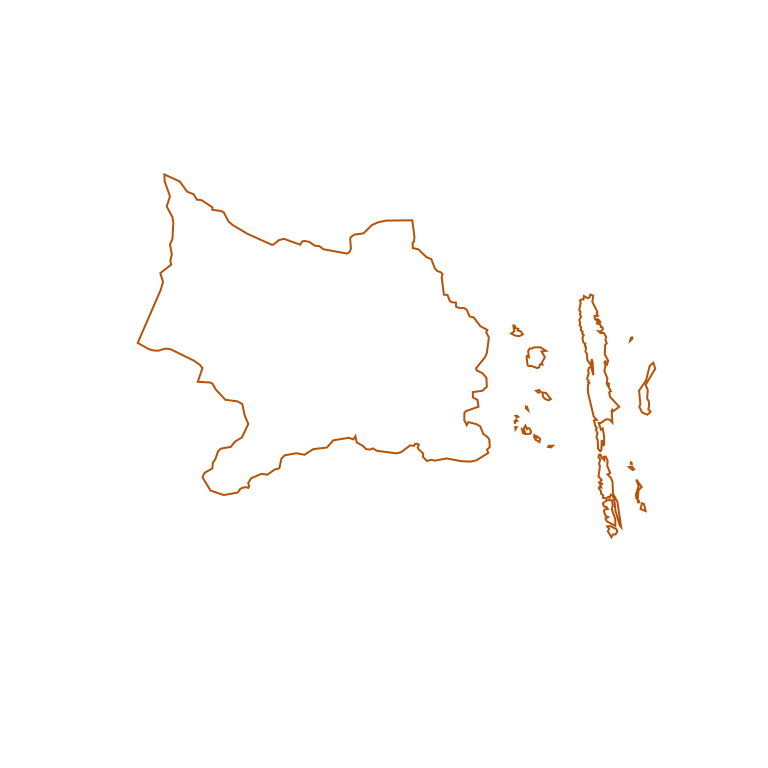 the district of Hai Ha, Quảng Ninh, Vietnam, rotated 297°
{"feature_id": "81297802B53592665760601", "entity_name": "Hai Ha", "entity_type": "district", "adm_level": 2, "iso_a3": "VNM", "parent_name": "Vietnam", "parent_adm1": "Quảng Ninh", "projection": "equal_earth", "projection_center": [107.715, 21.448], "detail": "fine", "context": "isolated", "style": "outline", "palette": "amber", "viewbox_px": 768, "rotation_deg": 297, "n_neighbors": 0, "source": "geoboundaries", "source_scale": "gbopen_adm2", "svg_char_len": 6188}
<svg xmlns="http://www.w3.org/2000/svg" viewBox="0 0 768 768"><g transform="rotate(297 384 384)"><path d="M229.8,310.3L231.5,310.4L234.2,307.9L239.8,308.5L248.3,315.6L250.3,321.3L258.1,325.4L261.4,329.0L270.9,326.5L275.5,328.0L282.6,337.5L284.9,345.3L293.9,350.6L301.5,362.0L310.8,364.4L320.1,377.1L320.7,381.8L324.6,382.2L319.6,386.1L319.2,393.6L317.8,397.6L319.1,401.0L321.6,403.4L321.2,407.9L327.8,426.5L331.1,430.3L341.1,435.1L342.6,438.9L344.6,438.8L346.0,441.0L345.5,442.8L343.0,442.7L341.7,444.0L339.9,450.4L336.8,451.7L334.9,457.3L337.9,460.4L338.9,464.3L346.1,473.6L350.5,488.4L354.2,496.4L357.9,500.9L369.8,508.2L372.3,505.7L376.0,506.8L382.1,503.2L383.6,500.7L384.6,495.1L389.9,489.1L390.2,484.7L388.3,476.4L384.9,476.4L388.2,472.0L394.9,468.7L397.0,469.3L406.7,478.5L412.2,474.6L412.4,469.3L417.1,466.8L422.7,474.8L428.2,476.9L435.9,472.5L438.4,466.6L438.1,460.7L439.8,458.9L453.9,461.9L458.6,461.5L473.1,456.3L476.5,451.6L479.1,451.6L479.3,443.6L484.1,433.6L483.0,429.6L487.7,424.1L488.1,420.7L486.1,417.2L485.5,413.3L489.2,411.1L487.6,407.4L487.9,404.9L492.1,400.2L490.8,396.8L505.0,387.1L508.4,386.3L509.3,384.4L508.9,379.8L510.2,376.7L516.7,369.5L516.4,363.8L519.6,353.6L518.2,348.0L522.8,345.4L524.5,346.1L528.8,344.4L542.7,334.9L530.5,311.6L525.3,305.2L520.2,301.1L508.9,297.3L503.7,289.8L500.0,287.8L497.8,288.0L489.6,293.1L485.6,293.3L483.4,291.8L476.5,268.6L477.5,264.1L475.8,259.4L476.7,252.9L475.3,248.0L473.9,246.4L470.1,246.1L467.9,228.9L464.3,224.9L458.0,222.2L457.1,220.7L455.8,194.0L456.9,177.2L458.3,171.6L464.2,163.3L464.1,160.1L461.3,151.9L463.5,150.9L465.0,137.9L463.3,133.6L466.6,128.1L466.0,121.2L471.7,110.1L471.0,93.2L465.2,96.4L454.0,108.1L443.5,109.8L436.6,119.8L432.2,123.0L417.3,129.6L411.1,130.0L403.2,136.1L396.6,137.7L393.7,140.2L381.2,134.4L374.6,140.8L366.6,142.3L308.8,145.9L308.3,158.9L309.2,163.2L311.1,167.7L316.1,172.9L318.1,178.0L318.5,204.1L317.5,211.2L315.8,215.0L301.4,217.1L306.5,228.7L306.2,231.4L302.9,236.2L297.9,249.8L302.0,261.3L301.8,266.8L292.8,274.1L286.8,281.2L272.0,281.7L265.0,277.4L258.4,276.0L252.2,267.8L248.5,266.7L240.3,267.9L236.3,267.2L230.9,269.4L223.3,264.4L218.4,264.7L210.3,277.8L212.3,291.6L220.8,302.9L225.4,303.6L227.5,305.3L229.6,308.2L229.8,310.3ZM549.8,523.4L549.5,521.9L547.3,520.6L545.6,522.4L538.7,524.3L537.4,526.5L535.0,526.9L533.7,529.0L529.8,528.9L527.4,531.2L525.2,531.5L524.3,533.7L521.1,535.2L520.7,537.4L518.7,537.7L518.2,539.8L515.3,539.8L511.6,542.7L511.2,545.3L509.1,545.5L508.4,547.4L504.3,548.8L502.9,551.2L497.8,554.2L494.5,560.1L500.4,557.8L498.3,559.9L486.9,566.5L493.1,561.0L491.9,559.3L488.6,559.7L486.8,561.4L481.1,562.5L479.5,565.0L478.2,565.0L478.1,566.5L475.7,566.1L469.3,569.4L450.2,585.6L448.7,589.9L446.9,587.6L442.4,591.5L441.6,593.5L439.6,593.5L436.8,596.7L433.3,597.3L430.9,599.9L423.6,604.1L422.3,607.2L423.8,607.7L432.1,603.8L432.4,605.2L429.3,607.4L430.1,607.7L437.7,603.6L443.7,599.0L441.7,598.2L446.8,593.0L447.5,594.7L453.4,598.0L454.7,601.0L453.3,605.0L463.7,598.9L464.7,599.1L463.4,600.4L470.5,603.9L475.2,591.2L478.8,588.4L480.6,589.4L484.9,583.1L485.8,583.3L485.4,584.7L486.6,584.1L485.9,582.1L490.4,580.5L495.7,574.4L501.2,572.9L503.3,570.6L505.6,570.9L503.4,571.5L502.5,573.8L506.5,573.2L510.7,567.2L519.2,563.3L521.3,564.0L524.3,561.0L526.8,560.6L529.4,556.5L527.6,553.8L528.4,551.3L529.0,553.4L532.3,554.1L533.7,552.7L533.2,551.4L535.1,549.9L534.6,546.2L535.6,546.1L537.2,548.7L538.5,546.8L538.7,544.7L536.9,545.7L537.6,542.5L540.3,540.6L541.8,543.6L543.4,541.4L545.1,541.4L551.7,532.4L557.7,530.3L557.4,527.2L554.7,527.8L552.9,526.5L553.2,522.2L549.8,523.4ZM417.6,610.7L419.3,609.2L418.8,607.8L416.0,608.4L414.9,611.0L410.5,611.8L408.9,613.7L399.0,617.1L397.2,621.6L393.9,620.4L394.2,624.6L392.8,622.0L390.4,624.5L390.0,622.6L388.6,622.7L387.1,625.9L384.8,627.1L384.3,629.8L382.0,630.8L382.8,633.7L385.3,635.2L384.9,636.7L388.5,636.4L388.8,637.8L385.5,641.7L376.3,647.7L365.1,658.1L364.1,660.3L385.2,645.3L390.1,637.9L400.4,632.1L403.3,629.0L405.0,624.2L407.2,626.0L412.5,620.0L417.1,618.1L420.0,614.5L419.0,613.0L416.2,614.8L417.6,610.7ZM525.2,614.4L520.8,612.5L506.4,615.8L493.9,614.3L482.4,621.6L479.6,621.8L475.8,626.9L476.2,632.6L480.3,634.1L481.6,630.9L485.0,630.2L488.9,627.7L490.6,625.0L498.5,621.7L501.9,617.5L520.8,618.7L525.2,614.4ZM484.6,500.8L482.8,499.9L481.9,497.7L478.7,497.5L473.8,500.8L474.0,498.7L473.2,498.5L466.2,503.2L465.6,504.4L467.0,507.2L467.8,513.5L469.4,514.7L472.3,514.1L473.3,516.4L474.5,514.9L480.9,515.2L484.5,509.6L487.1,513.3L487.7,506.7L484.6,500.8ZM384.0,640.0L381.4,635.1L376.8,633.2L374.7,635.7L375.4,638.2L374.2,640.2L372.4,637.7L370.7,637.5L367.2,641.1L367.1,644.1L364.7,642.3L362.8,644.9L362.6,654.6L368.9,651.2L376.0,643.6L378.8,643.4L384.0,640.0ZM360.1,650.0L358.4,647.5L357.2,650.4L354.4,650.3L350.7,656.2L353.9,656.4L355.2,658.7L358.9,658.7L360.2,656.8L360.1,650.0ZM493.5,475.8L495.4,473.8L494.8,472.7L490.2,476.1L486.7,474.5L486.7,479.0L488.1,482.9L491.2,485.1L493.0,482.1L492.4,478.7L494.1,478.6L493.5,475.8ZM409.2,660.4L413.4,652.2L408.6,657.2L399.7,658.7L396.7,660.6L396.2,662.6L405.1,658.9L409.2,660.4ZM446.3,539.5L449.6,532.4L448.3,528.9L444.8,531.7L443.9,534.0L444.0,537.8L446.3,539.5ZM408.0,536.9L410.4,534.1L410.2,532.6L408.7,532.0L411.1,528.9L407.6,528.7L403.7,532.9L406.1,536.9L408.0,536.9ZM394.9,668.0L389.1,669.3L389.6,674.8L395.1,670.1L394.9,668.0ZM406.2,547.8L406.8,544.3L403.2,544.0L402.8,548.9L406.2,547.8ZM421.5,645.6L423.1,642.4L421.2,640.0L420.2,644.6L421.5,645.6ZM448.2,527.1L449.2,525.0L447.0,522.7L446.3,525.5L448.2,527.1ZM405.6,562.4L403.7,558.8L402.4,558.8L403.4,561.7L405.6,562.4ZM537.4,584.8L538.2,583.8L537.3,583.0L534.2,583.7L537.4,584.8ZM403.4,531.3L405.9,529.3L406.2,527.7L403.2,530.2L403.4,531.3ZM426.0,524.3L428.6,521.9L428.5,520.7L426.8,521.4L426.0,524.3ZM412.0,517.9L410.1,517.2L408.1,518.8L410.4,518.1L411.6,519.4L412.0,517.9ZM406.4,543.1L406.7,541.2L404.6,541.9L405.0,543.1L406.4,543.1ZM415.7,518.5L416.1,516.7L415.3,515.7L414.4,517.6L415.7,518.5ZM394.5,665.2L395.6,664.2L395.6,663.2L393.8,663.9L394.5,665.2ZM405.8,521.9L405.2,520.5L403.4,521.7L405.8,521.9ZM425.4,641.0L426.3,640.2L426.3,639.6L424.9,640.1L425.4,641.0Z" fill="none" stroke="#b45309" stroke-width="2"/></g></svg>